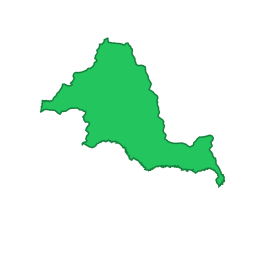 Cáchira, Norte de Santander, Colombia, rotated 246°
{"feature_id": "7082276B44940516663125", "entity_name": "Cáchira", "entity_type": "district", "adm_level": 2, "iso_a3": "COL", "parent_name": "Colombia", "parent_adm1": "Norte de Santander", "projection": "orthographic", "projection_center": [-73.176, 7.699], "detail": "fine", "context": "isolated", "style": "filled", "palette": "green", "viewbox_px": 256, "rotation_deg": 246, "n_neighbors": 0, "source": "geoboundaries", "source_scale": "gbopen_adm2", "svg_char_len": 5824}
<svg xmlns="http://www.w3.org/2000/svg" viewBox="0 0 256 256"><g transform="rotate(246 128 128)"><path d="M176.9,168.6L177.4,168.0L178.7,167.3L179.0,166.6L179.8,165.9L181.0,162.4L183.1,161.3L184.5,161.7L186.1,161.5L188.4,162.5L191.3,162.2L193.0,161.7L195.0,162.1L196.5,163.3L198.5,163.9L199.0,163.2L201.8,163.5L202.7,162.6L205.6,162.5L206.2,160.6L205.8,160.0L205.5,158.5L205.6,157.8L207.0,156.7L208.5,154.8L210.4,151.0L211.3,150.0L211.9,148.1L213.1,146.9L214.1,145.1L215.3,145.0L218.2,146.1L218.4,145.8L218.2,144.0L218.3,142.3L216.3,141.1L215.2,138.4L216.0,136.0L214.8,135.7L212.6,133.7L211.7,131.1L209.9,131.1L208.6,130.2L207.3,127.7L206.2,127.3L205.4,126.2L204.6,126.1L203.7,126.9L202.8,127.0L202.4,127.0L202.1,126.4L201.6,126.4L201.4,123.8L199.9,123.0L198.6,121.2L197.8,117.9L198.6,115.8L197.6,113.5L197.7,109.6L198.0,107.5L198.9,104.9L200.0,102.7L199.8,101.1L198.5,99.5L197.5,99.0L196.5,98.9L195.6,99.3L195.3,99.2L193.2,96.5L192.8,95.8L192.9,95.3L192.3,93.8L190.2,94.5L190.0,92.5L190.3,91.5L191.4,89.8L194.0,87.7L194.5,86.0L192.4,84.6L189.7,80.6L189.1,79.6L188.6,77.6L186.7,75.4L185.9,72.7L185.4,71.9L184.3,71.0L183.8,69.4L184.3,68.1L184.0,67.4L184.6,67.1L184.5,66.3L185.2,66.2L185.5,65.4L186.1,64.8L186.0,64.4L186.3,64.4L186.3,63.8L186.7,63.4L186.5,63.0L186.9,62.4L186.5,62.3L187.3,61.8L187.9,61.0L186.8,60.3L185.9,60.2L185.1,59.6L185.0,59.1L184.6,59.2L183.5,58.8L182.7,58.2L182.8,57.6L181.8,57.3L179.5,55.9L178.4,54.9L178.1,54.2L178.5,57.8L178.9,58.5L178.4,60.5L177.4,62.3L176.2,63.9L174.8,66.8L173.7,68.5L170.1,70.1L168.3,71.5L170.1,74.5L169.5,75.6L168.7,78.2L169.3,80.8L169.4,84.0L169.0,84.1L168.9,84.9L168.0,86.8L168.0,87.6L167.2,88.7L167.0,89.8L165.9,90.7L165.0,90.8L164.2,91.3L163.2,93.5L162.4,93.7L161.1,94.6L160.4,96.0L160.1,95.9L158.3,95.1L157.6,93.5L157.1,93.0L156.5,91.3L155.0,91.7L153.3,91.0L152.9,91.4L151.8,91.3L150.6,91.6L150.0,93.8L149.0,94.1L148.3,94.8L147.7,94.7L147.2,94.2L145.1,90.5L143.3,88.6L142.4,88.8L140.3,89.9L139.2,89.9L138.3,89.0L137.5,87.1L135.4,85.3L134.8,85.0L133.5,85.3L132.9,85.1L132.5,84.1L132.9,81.0L132.5,80.2L132.0,79.6L131.7,79.6L132.0,79.9L131.9,80.7L131.2,81.8L126.3,85.2L125.6,86.5L125.0,86.8L124.5,87.7L124.6,90.1L125.0,90.8L125.0,91.6L126.1,92.6L126.1,94.8L126.5,96.4L126.0,97.5L126.8,98.6L126.3,99.4L126.4,100.5L126.1,101.0L125.6,101.0L124.5,102.2L124.9,102.8L124.8,103.2L124.5,103.5L124.9,105.2L123.5,105.8L123.7,106.3L123.3,106.8L122.3,106.9L122.0,107.2L121.7,106.9L121.5,107.0L121.5,107.9L121.9,108.5L121.3,109.8L121.0,109.9L120.9,111.2L120.0,111.6L119.5,112.2L119.4,111.3L119.0,111.1L119.0,112.1L116.9,114.2L114.7,115.0L114.0,115.5L112.4,115.3L112.1,115.9L111.7,116.0L111.9,116.9L110.8,117.0L110.3,117.5L109.8,116.8L108.8,117.3L108.3,117.3L107.9,116.9L107.0,117.1L107.9,116.2L107.7,116.1L106.8,116.1L106.4,116.5L105.8,116.3L105.3,116.6L104.6,116.6L103.4,117.1L102.7,116.9L101.9,117.8L100.9,117.0L100.2,117.2L99.2,116.8L98.5,117.8L97.7,117.8L97.2,118.2L97.2,118.5L97.8,118.8L97.7,119.7L98.5,121.0L96.6,121.9L96.0,122.5L95.4,122.6L95.3,123.5L94.4,123.7L93.7,124.4L92.9,124.4L91.0,124.8L91.0,125.5L90.7,125.9L89.1,125.2L89.0,126.2L88.3,126.4L87.9,126.0L87.4,126.5L87.0,126.2L86.4,126.3L85.7,126.6L85.7,127.2L85.0,127.8L84.2,127.7L83.4,126.5L83.0,127.0L83.2,127.4L82.3,127.7L81.6,129.0L80.8,129.4L81.2,130.3L80.6,130.5L80.3,131.4L80.5,131.9L81.2,132.2L80.6,133.3L81.1,133.6L81.3,134.3L80.7,134.6L81.0,134.9L81.0,136.2L81.5,137.4L81.1,138.2L81.2,139.2L80.4,139.7L80.6,140.8L80.4,141.8L78.9,142.7L79.0,143.0L79.8,143.4L79.7,144.2L78.8,144.8L78.6,144.7L78.7,143.8L78.0,143.8L77.6,144.1L77.6,144.7L78.3,145.6L77.5,146.4L78.2,146.7L78.5,147.3L77.3,147.9L77.4,148.8L76.6,149.6L75.8,149.7L74.9,150.5L74.9,150.8L75.9,151.3L76.0,151.6L75.3,152.1L74.9,152.6L75.0,153.7L74.4,154.1L74.4,155.5L73.5,154.9L73.4,156.2L72.7,156.1L72.4,156.4L72.3,157.0L73.1,158.2L72.5,158.6L71.4,158.3L70.9,159.0L70.2,159.3L69.1,160.7L67.8,159.8L67.5,160.5L67.8,161.5L67.1,161.8L67.2,163.3L66.7,163.8L66.3,164.8L65.8,164.9L65.3,164.0L64.4,164.4L64.6,165.2L65.4,166.2L64.8,167.5L63.5,168.9L63.5,170.1L62.9,169.5L62.5,169.4L61.9,170.1L59.4,171.4L59.7,172.5L59.7,173.4L60.2,174.7L59.1,177.1L59.6,179.2L58.2,180.6L58.4,181.2L59.0,181.5L58.8,182.1L59.2,182.6L58.0,183.7L58.0,184.0L58.8,184.4L58.1,185.8L57.9,186.8L56.9,187.1L55.7,188.6L54.6,188.9L54.3,189.9L52.3,190.1L49.3,191.3L48.3,190.8L47.2,191.1L46.5,190.8L45.3,188.0L44.6,187.2L43.2,187.2L42.0,186.8L40.8,187.4L38.0,187.7L37.6,187.4L38.0,188.9L38.6,189.2L39.0,189.9L38.6,190.5L38.9,190.9L38.3,191.4L38.3,191.7L38.7,191.8L39.2,191.4L40.2,191.7L40.3,193.2L39.9,193.3L40.2,194.4L40.9,194.6L41.2,194.0L41.5,193.9L41.9,194.7L43.8,195.7L44.8,195.8L45.5,195.3L46.0,195.8L46.6,195.9L47.2,194.8L47.8,194.5L49.5,194.9L51.7,194.7L53.2,195.0L53.7,194.7L54.8,194.8L57.6,194.3L59.1,193.7L60.5,194.3L62.1,194.7L62.6,195.2L63.6,195.1L64.6,195.6L65.1,195.3L65.2,194.6L67.7,194.2L68.4,193.8L69.9,194.7L70.6,194.3L71.7,194.6L72.1,194.5L72.7,193.7L73.6,193.9L74.9,193.5L75.8,194.1L76.2,194.7L76.9,196.7L77.4,197.5L78.4,197.8L79.7,197.6L81.2,198.0L81.7,198.5L82.1,199.9L82.7,200.7L83.9,201.7L84.7,201.8L86.7,201.3L87.7,200.4L88.3,198.9L88.5,196.2L89.0,194.9L88.9,193.5L89.5,192.8L89.7,191.1L90.4,190.3L90.6,189.6L90.0,187.1L88.5,184.7L87.9,182.3L86.1,181.0L85.7,180.4L85.5,176.9L87.2,175.4L89.4,174.4L92.2,171.5L94.5,165.3L96.0,162.6L99.3,159.0L100.3,158.9L102.9,157.3L103.8,157.5L104.6,158.7L105.9,159.7L107.2,159.8L109.1,158.8L110.5,158.8L112.7,159.9L114.1,161.3L115.4,162.2L117.4,162.0L118.5,162.5L119.2,163.2L121.3,162.9L125.8,160.3L126.7,160.2L128.1,161.3L128.9,162.6L130.5,163.2L132.2,163.3L134.0,164.1L137.5,164.3L138.4,164.6L139.6,165.7L141.1,165.3L143.1,167.3L144.5,167.8L145.7,167.6L148.0,166.2L150.8,165.5L154.6,162.9L157.9,166.4L159.1,167.2L159.9,167.2L164.2,166.6L167.9,167.5L171.8,166.9L176.9,168.6Z" fill="#22c55e" stroke="#15803d" stroke-width="1.5"/></g></svg>